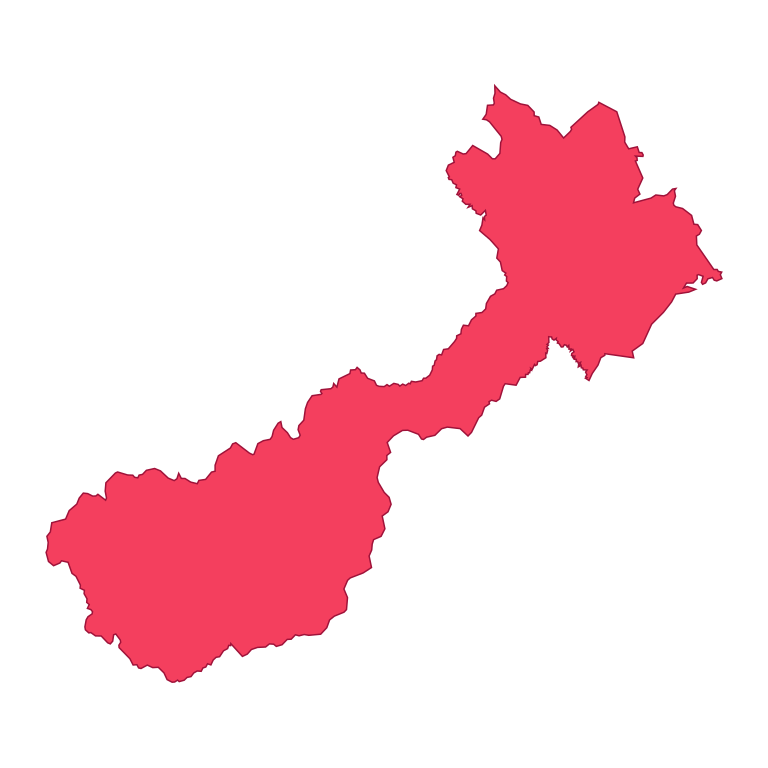 the district of San Roman, Puno, Peru
{"feature_id": "86281439B54364439373802", "entity_name": "San Roman", "entity_type": "district", "adm_level": 2, "iso_a3": "PER", "parent_name": "Peru", "parent_adm1": "Puno", "projection": "robinson", "projection_center": [-70.339, -15.674], "detail": "fine", "context": "isolated", "style": "filled", "palette": "rose", "viewbox_px": 768, "rotation_deg": 0, "n_neighbors": 0, "source": "geoboundaries", "source_scale": "gbopen_adm2", "svg_char_len": 6074}
<svg xmlns="http://www.w3.org/2000/svg" viewBox="0 0 768 768"><path d="M101.2,636.0L107.7,642.8L110.3,643.9L112.7,641.2L113.6,634.8L115.8,634.0L120.3,640.0L120.7,642.3L118.9,645.2L119.1,647.6L129.9,658.7L133.1,665.0L136.9,664.7L138.6,667.9L141.0,668.5L147.3,665.1L152.7,667.6L158.3,667.3L164.0,672.9L167.1,679.6L172.1,682.2L174.7,682.0L177.6,680.1L179.2,681.6L184.2,680.2L187.1,677.4L191.0,676.6L193.8,672.9L197.2,671.0L201.2,671.3L202.9,668.0L205.8,667.0L207.5,663.8L210.9,664.9L213.2,660.0L216.1,657.3L219.6,656.7L223.5,650.8L227.6,648.6L228.7,645.4L230.6,645.6L230.8,643.6L242.4,656.4L247.3,654.1L251.4,649.5L257.5,647.4L265.6,647.0L269.4,643.9L273.7,644.2L276.3,646.4L282.1,644.7L287.2,639.4L291.2,639.2L295.4,634.8L299.1,635.8L304.2,634.5L308.8,635.3L320.7,634.2L326.8,627.7L329.6,619.9L334.4,616.1L344.0,612.2L346.5,609.6L347.5,597.6L343.9,589.0L347.6,580.3L350.3,577.9L363.2,572.9L371.5,567.5L369.1,556.0L371.7,550.0L372.2,544.2L373.6,539.6L381.1,536.3L384.9,528.8L382.2,516.0L388.0,511.8L391.1,504.3L389.1,497.3L384.2,492.4L378.3,482.4L377.1,477.6L379.6,466.8L386.9,459.7L386.8,455.5L390.6,452.4L387.2,442.5L393.5,435.8L402.5,430.4L407.8,430.2L418.5,434.3L421.5,439.0L423.5,439.5L426.6,437.2L434.9,435.3L441.6,428.7L447.3,427.1L460.1,428.6L468.0,436.0L471.5,432.4L478.7,417.7L481.7,415.1L484.5,407.2L489.5,403.8L489.0,401.7L491.5,400.2L496.1,401.4L499.7,398.9L503.5,386.2L505.2,383.7L516.1,385.2L520.2,377.4L525.5,377.2L525.6,374.4L528.0,374.4L528.4,372.7L529.6,372.8L530.3,370.0L531.4,370.3L530.8,368.4L532.2,369.3L534.5,364.5L535.3,365.6L537.1,364.7L537.7,361.5L540.4,361.2L545.9,357.7L545.7,353.1L546.8,353.5L547.6,350.5L546.7,348.6L548.2,348.5L546.9,346.8L548.4,345.1L547.0,344.4L548.9,342.5L548.7,336.7L551.6,337.0L552.1,338.9L554.0,340.1L556.3,338.4L556.1,339.8L558.1,341.6L557.4,343.0L559.1,343.6L561.3,347.0L563.0,346.9L564.4,344.7L566.4,345.3L567.3,347.0L568.7,345.5L569.0,349.2L571.0,349.0L570.4,351.1L572.8,349.4L574.0,351.8L571.8,353.5L571.5,355.5L573.7,356.0L572.6,357.0L573.6,358.4L574.7,357.1L574.4,359.3L576.3,359.4L576.1,361.6L577.6,361.5L578.4,363.5L580.6,362.3L580.0,365.0L578.7,364.5L578.3,366.9L581.1,365.3L581.3,367.8L582.8,368.0L583.3,369.8L587.1,370.0L585.6,372.1L586.9,374.7L585.7,376.7L586.9,377.5L585.5,378.2L589.0,380.5L592.3,373.4L598.0,365.1L600.8,357.7L604.8,355.3L604.9,353.7L633.7,357.8L632.2,351.1L642.8,343.5L651.6,324.2L663.4,312.4L671.6,301.9L675.7,294.1L688.8,292.1L695.6,289.3L687.2,286.5L683.5,288.0L686.5,283.1L693.1,283.0L697.2,278.7L697.1,275.2L698.6,274.6L703.1,276.3L701.4,282.4L702.6,284.3L705.6,282.9L707.9,278.8L712.5,277.5L714.2,280.2L716.8,280.9L721.9,278.6L720.3,274.7L721.7,272.1L718.3,271.4L717.2,269.5L713.8,269.5L696.8,244.9L696.4,236.0L699.4,234.2L701.4,230.5L697.7,224.6L693.9,224.2L691.6,215.4L682.6,208.5L675.8,206.8L673.9,205.3L673.3,203.1L675.5,196.2L674.4,190.7L675.9,188.5L672.5,189.1L667.2,194.6L663.8,195.9L655.8,195.0L651.0,198.1L633.5,202.8L634.7,198.1L639.9,194.1L637.7,189.2L642.8,178.0L635.4,161.0L637.2,160.4L637.0,157.7L635.5,156.1L642.9,156.4L643.2,155.0L641.9,152.6L639.2,152.5L637.3,146.8L628.7,148.8L624.7,142.1L624.9,136.9L616.8,111.8L598.8,102.3L598.1,104.4L587.9,111.7L570.9,127.3L571.6,129.3L570.4,131.4L563.6,138.0L557.1,130.0L549.8,125.4L541.2,124.4L538.8,117.0L534.2,115.7L534.1,112.0L527.8,105.4L520.4,103.9L510.6,99.3L505.7,94.8L500.4,92.1L494.8,85.8L495.0,93.3L493.5,98.2L494.3,103.2L493.4,104.9L487.5,105.3L486.2,114.3L482.8,119.2L486.5,119.8L489.6,121.9L501.2,136.3L502.0,139.4L500.7,142.6L499.9,153.4L495.2,158.8L492.4,158.8L487.7,154.1L472.7,145.5L466.1,153.6L463.2,154.0L457.3,151.3L455.9,152.2L455.3,155.7L452.9,157.3L454.2,162.3L448.4,165.1L446.2,170.6L449.3,176.8L448.3,177.6L449.0,179.4L451.7,179.7L453.2,183.2L456.5,184.8L455.9,187.6L459.7,189.1L456.9,194.5L458.8,195.3L459.7,193.5L461.0,193.4L461.7,195.3L459.7,196.7L463.0,198.8L462.3,201.2L465.8,204.3L470.0,204.3L468.1,207.3L472.1,205.7L472.4,208.8L475.9,210.8L476.2,213.3L480.7,215.0L485.4,210.4L486.2,215.1L484.4,216.5L484.6,219.7L483.0,217.9L481.9,225.1L479.6,230.6L490.0,239.5L498.4,248.9L496.8,258.1L500.4,262.0L502.2,270.6L505.8,273.1L504.7,275.0L506.7,276.5L506.4,281.0L508.1,282.6L506.7,285.7L503.5,288.7L496.7,290.2L494.8,293.9L490.5,296.3L486.4,303.5L485.7,308.9L482.0,312.5L475.9,313.4L475.9,316.0L471.5,319.8L468.5,325.8L463.4,325.2L461.4,329.3L460.9,333.8L456.7,335.8L456.6,338.4L454.5,341.6L448.3,348.8L443.6,349.5L441.6,354.9L439.1,354.4L437.1,355.8L436.5,359.7L435.1,360.9L434.2,365.3L432.6,366.2L432.3,369.9L429.7,375.2L425.8,378.2L423.6,378.2L422.1,380.7L415.6,382.0L411.4,381.3L410.2,383.8L408.8,383.2L405.7,385.5L402.7,384.1L399.8,386.1L398.2,384.4L393.8,383.4L389.4,386.2L387.0,384.6L384.2,386.6L379.0,386.3L376.5,385.3L374.4,380.9L367.6,378.3L364.4,373.2L361.2,373.0L360.0,369.9L357.1,367.4L355.4,369.7L350.6,370.0L349.9,373.6L339.0,378.9L336.9,387.1L333.7,383.5L332.9,387.0L330.9,388.7L321.2,389.7L320.5,391.4L321.9,393.5L321.0,394.4L312.1,395.7L307.6,402.4L305.4,408.7L303.8,420.2L298.9,425.5L298.1,429.7L300.2,435.2L298.7,437.7L293.3,439.3L290.5,437.6L287.4,432.7L282.0,427.5L280.8,421.6L278.1,423.2L273.6,430.3L272.1,436.5L270.2,439.3L263.3,440.7L257.9,443.6L254.0,454.2L252.7,454.7L249.4,453.1L235.8,442.7L232.6,443.9L230.4,448.0L218.4,455.8L215.1,465.2L215.1,471.2L211.5,472.1L205.6,479.4L198.9,480.4L197.3,483.7L190.7,482.1L185.0,478.5L181.3,478.4L178.7,473.3L176.9,478.8L174.2,480.6L168.2,478.1L160.5,470.9L154.6,468.5L146.4,470.3L142.5,474.4L139.1,475.1L137.8,477.8L134.6,477.3L132.8,475.2L127.7,475.0L117.6,472.0L115.4,473.0L105.9,482.8L105.2,491.2L106.5,498.0L105.6,500.2L97.9,494.3L95.8,496.0L92.7,496.1L87.7,493.6L83.3,493.1L79.2,498.1L76.8,504.1L69.2,510.6L65.6,519.1L51.8,522.7L50.3,532.0L46.9,536.3L48.2,542.5L47.5,549.1L46.1,552.4L48.5,561.5L53.6,565.7L59.9,563.0L61.5,560.8L68.1,562.3L72.0,573.4L76.0,576.3L80.4,585.1L80.1,588.2L84.4,590.3L84.1,593.7L87.0,598.8L86.7,602.4L89.2,604.5L87.4,608.4L90.9,609.6L92.5,611.7L92.1,613.9L88.0,616.7L86.2,619.8L84.9,626.9L85.4,629.8L88.8,632.9L90.9,632.6L95.5,635.9L101.2,636.0Z" fill="#f43f5e" stroke="#9f1239" stroke-width="1.5"/></svg>